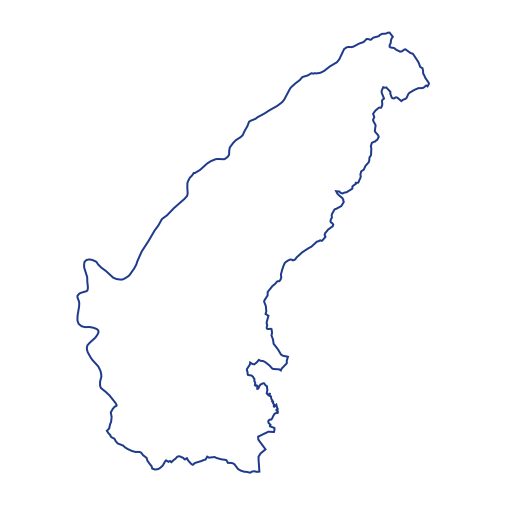 outline of Da Bac, Hòa Bình, Vietnam, rotated 87°
{"feature_id": "81297802B60514422076531", "entity_name": "Da Bac", "entity_type": "district", "adm_level": 2, "iso_a3": "VNM", "parent_name": "Vietnam", "parent_adm1": "Hòa Bình", "projection": "albers", "projection_center": [105.101, 20.932], "detail": "fine", "context": "isolated", "style": "outline", "palette": "blue", "viewbox_px": 512, "rotation_deg": 87, "n_neighbors": 0, "source": "geoboundaries", "source_scale": "gbopen_adm2", "svg_char_len": 6066}
<svg xmlns="http://www.w3.org/2000/svg" viewBox="0 0 512 512"><g transform="rotate(87 256 256)"><path d="M425.7,412.3L427.3,410.8L428.3,410.7L429.4,409.8L431.1,406.9L433.4,405.9L436.0,403.9L438.3,398.7L440.5,396.5L442.3,393.8L444.3,389.9L445.4,386.5L445.6,382.4L446.5,380.9L449.0,379.2L451.9,375.8L454.6,375.2L457.8,373.2L460.4,371.3L462.9,370.7L464.0,367.9L463.6,364.6L462.3,362.4L460.3,360.0L456.5,357.6L455.4,356.5L457.0,354.1L456.4,353.3L456.3,352.4L457.5,351.3L455.2,348.6L454.4,347.2L452.4,345.2L452.0,343.7L452.0,342.9L453.8,339.2L455.3,338.0L455.3,337.0L454.3,335.9L454.3,335.5L456.4,334.6L457.7,333.7L460.6,331.2L461.2,329.9L459.5,327.9L457.8,320.9L457.3,319.9L456.6,317.0L453.8,315.2L454.9,313.5L454.6,307.9L455.7,305.9L457.3,301.0L457.9,297.6L458.4,296.2L461.1,294.9L461.4,291.3L461.9,289.8L462.8,288.5L467.9,285.0L469.6,282.3L470.8,279.1L471.1,276.5L472.1,273.2L470.9,270.8L471.0,268.4L471.6,266.5L471.5,263.9L459.3,264.1L456.4,263.9L453.4,261.8L449.6,256.6L439.5,263.3L436.5,263.3L432.1,252.8L432.7,247.3L430.9,246.7L428.7,246.6L426.8,251.0L426.5,251.1L425.3,250.4L424.5,251.2L423.9,251.5L423.5,252.1L421.9,252.4L421.0,252.1L420.2,251.1L420.1,249.3L419.1,248.4L416.7,247.2L414.5,245.7L413.7,243.5L413.9,242.6L413.6,242.4L412.2,242.3L411.4,243.6L410.9,243.7L410.5,243.5L410.1,242.4L409.7,242.3L408.5,242.9L405.5,243.5L406.1,244.3L407.2,245.1L407.5,245.7L407.2,246.1L405.1,245.8L404.2,246.6L402.6,246.5L402.1,247.5L401.1,247.1L400.2,247.9L398.3,248.4L397.1,248.3L396.4,249.7L394.3,249.4L394.2,249.9L395.5,251.0L393.8,252.5L390.0,251.6L388.7,251.9L386.8,251.8L385.9,253.0L383.5,254.7L383.5,255.6L384.7,258.4L387.0,260.0L388.2,260.4L388.7,261.1L388.7,261.7L385.7,261.5L385.2,262.1L385.5,263.3L384.9,263.9L384.1,263.6L382.4,263.4L381.0,264.2L378.8,264.0L377.5,264.9L376.4,265.3L375.1,266.8L374.4,270.2L373.2,270.6L371.6,270.5L369.4,271.1L368.5,271.0L364.1,267.8L362.1,267.4L363.7,265.1L364.1,263.4L362.3,260.8L359.9,258.6L361.0,256.7L361.2,254.6L362.4,252.4L366.0,248.3L369.2,245.7L369.7,244.9L370.4,238.8L371.6,237.2L369.8,236.3L365.0,231.1L364.4,230.8L362.3,230.8L358.3,229.4L357.0,234.4L355.7,236.2L350.5,238.9L344.6,243.0L340.2,243.4L336.2,244.7L333.7,244.0L329.9,244.3L329.5,244.9L329.5,248.4L328.8,249.0L327.5,249.0L325.5,248.4L324.0,248.9L322.3,248.7L316.4,246.7L314.3,249.5L311.8,248.6L306.6,248.8L301.9,250.3L300.6,249.8L296.0,246.5L292.5,246.2L286.8,241.1L284.9,238.4L282.8,236.5L282.4,235.9L282.3,233.9L280.8,232.7L278.8,231.9L275.8,232.1L270.9,230.5L266.7,228.8L264.5,227.6L263.8,226.9L262.0,223.9L261.3,221.8L261.5,220.5L262.3,219.4L261.9,217.8L261.2,216.8L259.6,215.6L254.7,209.6L251.2,203.6L249.6,200.2L244.8,194.4L244.6,192.9L243.7,191.1L244.2,190.1L244.2,189.2L240.5,185.6L238.6,186.4L236.9,185.8L233.3,182.5L230.3,177.8L228.7,177.2L227.4,178.0L226.2,179.6L225.0,179.8L223.3,179.3L221.7,178.2L219.4,178.3L218.2,178.0L214.0,175.4L213.3,174.6L213.2,173.7L210.6,168.2L206.6,165.5L205.0,166.0L204.4,165.9L202.7,166.7L199.8,169.9L197.9,171.5L195.5,172.6L196.0,169.4L197.3,168.3L198.1,166.4L197.3,164.3L197.1,162.3L193.8,156.3L191.5,156.0L190.1,154.1L189.3,152.6L188.1,152.5L188.2,150.3L187.1,149.4L185.5,148.8L184.1,147.9L181.9,147.2L180.2,147.5L177.2,146.6L176.4,145.7L175.5,143.9L171.8,142.0L168.2,138.5L166.6,137.9L164.0,137.6L163.0,137.2L161.8,136.1L160.9,135.8L154.4,135.2L152.5,135.6L149.1,134.4L148.2,132.5L148.0,131.2L147.1,130.3L146.5,129.0L143.5,127.2L141.7,127.8L138.4,130.4L137.3,130.8L131.7,129.7L127.0,131.9L125.9,131.9L123.5,130.6L120.3,131.6L119.0,130.8L117.0,129.1L114.5,125.8L114.3,125.2L114.5,123.5L113.1,122.5L111.0,121.9L108.3,122.1L107.2,121.9L106.4,121.3L105.5,119.9L99.9,121.8L98.8,122.0L97.4,121.8L94.1,120.1L94.7,118.8L94.5,117.1L99.1,113.2L100.9,113.4L105.0,112.1L105.7,111.0L105.9,110.0L104.9,108.3L105.0,107.3L105.3,106.6L108.9,102.7L107.7,101.1L106.9,98.5L105.9,97.3L102.2,95.4L101.1,94.3L98.4,89.1L96.9,85.1L97.0,80.9L96.5,79.6L94.7,77.2L94.9,76.4L95.5,75.8L93.5,74.5L92.6,74.3L91.5,74.8L87.0,77.6L84.0,78.7L82.6,79.5L79.9,79.5L77.2,79.9L75.8,82.1L71.0,83.6L62.3,88.7L61.3,91.2L57.4,96.0L57.5,96.8L59.4,99.9L59.4,101.5L57.5,105.0L55.5,107.3L54.8,110.7L54.1,111.6L52.4,111.5L50.3,110.3L47.4,109.9L45.6,109.0L44.3,107.9L39.9,110.9L39.9,112.6L40.6,114.2L40.8,116.3L40.7,118.3L41.8,120.8L42.9,121.8L44.1,127.4L46.1,130.1L45.2,132.9L45.1,134.2L48.0,137.4L49.2,141.7L52.0,147.7L52.4,149.6L52.1,152.8L52.4,154.6L54.0,157.2L63.9,162.5L66.7,165.0L70.6,172.4L74.7,178.2L76.3,181.8L76.6,183.6L76.8,186.1L76.5,187.8L76.9,189.0L76.4,191.1L78.4,194.9L79.7,200.3L82.7,203.2L85.6,207.5L89.3,212.1L90.6,213.2L101.2,219.6L103.4,221.5L104.5,222.9L107.3,227.1L111.0,234.6L114.3,240.4L117.4,247.0L119.0,249.4L120.7,254.4L121.7,256.0L125.9,257.8L130.3,260.7L134.7,263.0L136.5,265.2L139.3,270.1L142.0,273.0L146.3,276.5L149.2,277.2L153.5,277.6L155.3,278.9L156.5,280.5L157.3,281.7L157.7,282.8L157.1,289.1L157.2,291.1L158.9,296.1L161.1,300.0L167.0,307.2L170.0,312.8L169.8,313.8L172.2,315.6L174.4,318.0L178.0,320.1L179.7,320.7L183.9,321.0L190.0,321.0L192.3,321.6L195.1,324.3L204.0,335.6L210.7,342.7L213.9,347.6L214.6,348.3L220.1,351.7L225.4,356.0L235.3,362.5L245.5,369.9L254.9,374.7L258.3,376.0L262.2,378.4L268.3,383.2L269.4,384.4L271.4,387.9L272.4,390.3L272.5,392.3L271.7,396.5L270.2,399.7L263.0,406.8L259.6,411.0L256.2,414.1L253.8,415.5L252.9,416.6L251.3,419.9L250.7,422.9L251.1,425.3L251.7,426.3L253.0,427.6L255.5,428.1L258.5,428.2L268.2,425.7L273.3,425.8L278.0,425.5L280.1,425.7L281.5,426.2L282.2,426.9L283.7,433.1L284.3,434.4L286.3,436.3L287.9,436.5L292.3,435.1L294.2,435.0L297.1,435.3L306.2,437.3L310.9,437.7L314.4,436.7L317.0,433.9L318.1,430.4L318.2,426.1L319.0,422.5L320.5,419.0L322.0,417.4L324.1,417.3L326.6,418.7L329.1,420.7L334.2,426.9L336.4,429.0L338.6,429.7L340.6,429.7L343.2,429.1L348.8,426.4L351.3,424.8L358.0,419.3L362.4,417.4L365.1,416.9L368.2,416.7L373.5,418.3L377.3,418.5L379.7,417.8L384.1,412.9L387.7,409.5L395.4,404.0L397.5,403.0L398.2,403.1L398.6,403.5L399.1,405.1L401.3,407.1L404.6,409.2L409.3,408.6L414.1,409.4L416.4,410.5L420.6,411.7L422.8,414.1L425.7,412.3Z" fill="none" stroke="#1e3a8a" stroke-width="2"/></g></svg>